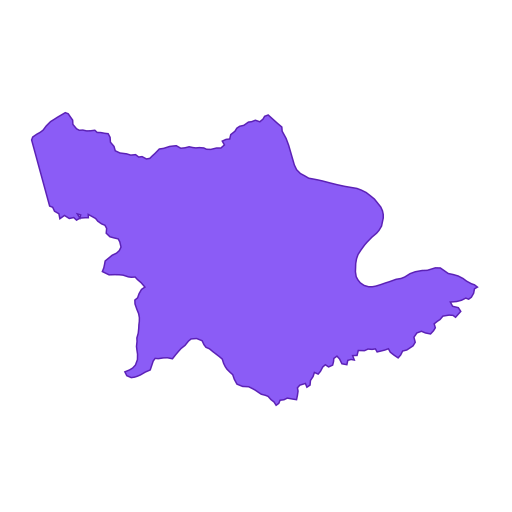 outline of Ibitinga, São Paulo, Brazil, rotated 178°
{"feature_id": "56859067B39469666412393", "entity_name": "Ibitinga", "entity_type": "district", "adm_level": 2, "iso_a3": "BRA", "parent_name": "Brazil", "parent_adm1": "São Paulo", "projection": "mercator", "projection_center": [-48.852, -21.791], "detail": "fine", "context": "isolated", "style": "filled", "palette": "violet", "viewbox_px": 512, "rotation_deg": 178, "n_neighbors": 0, "source": "geoboundaries", "source_scale": "gbopen_adm2", "svg_char_len": 4080}
<svg xmlns="http://www.w3.org/2000/svg" viewBox="0 0 512 512"><g transform="rotate(178 256 256)"><path d="M441.6,405.9L445.7,403.7L449.6,401.6L452.6,399.8L456.6,397.5L461.1,393.3L464.4,389.2L467.4,387.1L470.8,385.4L475.0,382.7L476.2,379.8L460.5,313.1L457.5,311.8L455.8,307.8L451.5,305.1L450.7,300.1L446.0,303.2L441.3,300.0L436.8,300.8L434.1,298.1L430.7,300.0L425.7,300.2L422.2,300.1L422.2,303.4L418.8,301.4L415.0,299.1L412.8,296.2L409.2,293.5L405.9,292.0L404.3,288.8L404.9,284.0L401.3,280.3L397.1,279.0L393.1,277.9L391.6,274.8L390.6,269.6L392.4,266.2L395.3,263.7L399.7,261.8L406.9,256.3L407.7,252.7L408.5,249.5L410.1,245.8L403.5,242.3L397.9,242.3L393.0,242.0L389.5,241.5L384.3,239.6L381.3,239.1L377.5,239.2L375.3,236.6L371.7,233.3L368.1,228.8L371.6,226.6L374.2,222.4L375.8,218.3L378.6,216.2L378.6,212.3L377.0,207.1L375.3,202.5L374.7,198.4L374.9,194.6L375.4,191.5L375.7,188.0L376.4,182.9L377.9,178.3L377.9,174.6L378.6,169.8L378.3,166.3L377.8,162.0L378.1,156.6L380.3,151.2L383.2,148.3L386.5,146.5L391.1,144.8L389.3,140.9L384.9,138.8L381.5,139.2L378.7,140.0L375.6,141.2L370.6,143.9L365.7,145.8L362.4,154.6L360.4,157.2L357.2,156.8L352.2,157.4L348.0,157.4L343.1,156.2L339.7,160.2L336.6,163.6L334.2,166.1L330.0,169.2L326.4,173.4L323.7,175.4L318.2,175.6L312.8,173.2L311.1,169.2L309.2,166.5L305.8,164.9L302.3,161.8L296.2,156.8L293.3,154.1L292.1,149.8L290.6,146.5L288.9,143.8L285.8,140.5L283.4,138.2L282.0,133.6L279.5,128.6L273.9,126.1L267.9,125.6L264.2,123.6L261.5,122.0L258.4,119.7L255.6,117.7L251.6,116.5L248.8,115.3L246.0,111.9L243.1,109.5L241.1,106.1L238.4,107.9L237.0,111.0L233.0,111.4L229.7,112.9L224.6,111.8L220.5,111.0L219.5,115.1L218.7,119.5L219.2,122.8L216.7,125.4L211.1,126.9L209.7,123.1L206.5,125.1L205.9,129.7L203.2,133.5L201.7,137.6L198.0,135.8L195.6,138.5L193.2,142.7L190.5,144.9L187.3,142.6L183.2,144.3L182.2,147.8L181.8,150.9L178.6,153.1L176.1,150.2L173.9,145.3L169.0,144.2L167.9,148.5L164.6,149.3L161.4,148.6L162.9,153.1L158.5,153.1L157.1,158.0L150.9,157.6L147.3,159.1L143.3,158.6L139.9,159.0L138.3,155.9L133.9,156.8L130.6,157.5L126.9,158.7L125.1,155.1L121.5,152.1L117.5,149.2L114.9,152.0L112.8,155.9L108.6,156.8L102.2,160.7L99.9,164.2L101.0,169.3L97.9,173.5L93.3,175.0L89.4,173.2L84.3,172.0L81.2,175.1L79.3,178.0L80.3,182.0L77.1,184.4L74.3,186.1L71.3,189.4L65.1,190.2L61.2,189.8L58.7,187.8L55.5,191.2L53.3,193.5L55.6,197.3L61.3,198.9L63.4,203.2L57.1,203.5L52.2,204.6L47.8,206.6L45.0,205.4L42.2,207.3L39.8,211.2L38.8,215.6L35.8,217.2L38.7,219.6L41.8,220.8L46.4,223.5L49.9,226.3L54.7,229.0L59.6,230.6L64.5,231.8L68.3,234.7L72.2,237.6L77.2,237.9L85.3,235.7L90.5,235.7L97.4,234.7L102.6,233.0L108.1,229.8L111.7,228.5L116.9,227.8L121.5,226.3L124.4,225.4L127.4,224.6L132.5,223.0L137.4,221.7L140.9,221.2L144.4,221.3L149.0,222.8L152.8,225.6L155.0,228.6L156.6,231.8L157.2,236.8L156.9,240.8L156.6,245.1L155.6,249.8L154.0,253.9L151.0,258.2L147.1,263.2L144.8,265.7L139.5,270.8L134.7,274.6L132.2,277.3L129.5,281.5L127.5,289.6L127.4,293.0L128.0,296.7L129.6,300.6L135.7,308.8L139.6,312.2L143.7,315.6L148.5,318.2L152.8,320.0L164.9,322.5L172.4,324.4L180.4,326.7L187.0,328.7L191.2,329.8L196.4,331.0L200.6,331.9L204.7,334.5L208.8,336.9L212.4,340.8L214.5,345.6L219.5,365.5L220.6,368.8L221.8,372.4L225.5,379.8L225.7,384.0L230.1,388.0L238.9,396.5L242.5,395.3L244.2,392.6L247.5,390.0L251.9,391.7L255.6,390.4L258.9,390.1L263.6,387.0L267.8,386.2L270.7,384.4L272.7,381.4L277.0,378.2L278.2,373.8L281.8,373.6L285.7,372.0L283.7,368.1L287.4,365.1L291.7,365.3L297.4,364.1L301.7,364.4L304.4,365.8L308.8,366.3L312.4,366.1L315.4,366.6L319.0,367.5L323.2,366.6L327.4,366.3L331.8,369.0L335.0,368.8L338.5,368.5L344.5,366.8L348.9,366.3L351.4,363.9L353.6,361.8L356.1,359.7L358.7,357.3L362.1,356.8L366.4,359.3L369.8,359.0L372.8,361.5L377.7,361.2L381.7,362.6L388.4,363.7L393.0,366.1L394.1,370.5L397.5,374.8L397.7,379.7L399.5,383.4L402.9,383.9L406.9,384.8L410.4,385.0L412.7,387.3L417.0,386.9L420.8,386.9L424.7,387.9L428.2,387.8L430.9,389.4L434.4,393.9L434.5,398.2L436.6,401.4L438.7,404.7L441.6,405.9ZM430.7,300.0L433.1,304.3L429.8,303.2L430.7,300.0Z" fill="#8b5cf6" stroke="#5b21b6" stroke-width="1.5"/></g></svg>